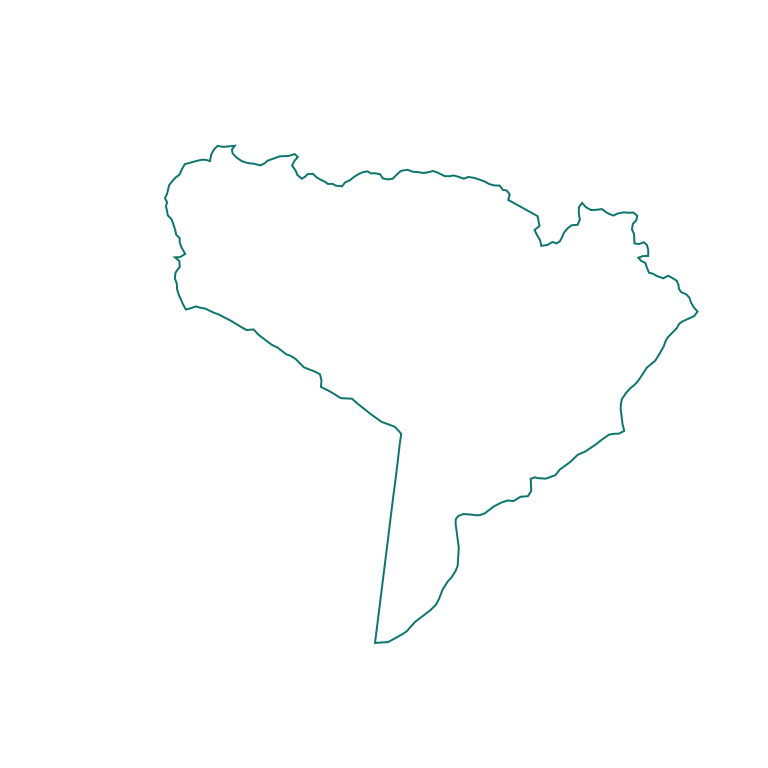 Canindé de São Francisco, Sergipe, Brazil (Albers equal-area conic projection), rotated 110°
{"feature_id": "56859067B69154990802768", "entity_name": "Canindé de São Francisco", "entity_type": "district", "adm_level": 2, "iso_a3": "BRA", "parent_name": "Brazil", "parent_adm1": "Sergipe", "projection": "albers", "projection_center": [-37.94, -9.729], "detail": "fine", "context": "isolated", "style": "outline", "palette": "teal", "viewbox_px": 768, "rotation_deg": 110, "n_neighbors": 0, "source": "geoboundaries", "source_scale": "gbopen_adm2", "svg_char_len": 3586}
<svg xmlns="http://www.w3.org/2000/svg" viewBox="0 0 768 768"><g transform="rotate(110 384 384)"><path d="M208.7,114.1L206.0,119.2L202.4,123.4L198.4,126.6L196.4,130.6L196.0,136.1L193.9,139.3L190.1,141.2L186.8,144.4L185.9,148.8L185.0,153.9L189.2,157.8L189.2,164.5L188.4,169.1L188.8,173.0L185.0,176.6L180.9,179.8L180.3,184.5L178.3,188.2L175.4,184.7L173.3,179.6L167.7,181.5L163.4,184.5L162.0,188.3L165.5,192.6L166.1,196.8L161.6,198.6L157.5,200.4L153.9,203.9L148.3,204.9L143.8,202.9L139.2,203.6L137.6,208.5L139.3,212.3L140.8,217.6L143.8,222.6L147.2,226.0L147.2,230.1L146.6,234.1L145.1,239.0L147.7,244.1L149.8,249.2L148.7,255.0L146.1,259.8L151.1,261.3L157.1,259.3L162.4,256.2L168.2,256.5L170.6,261.9L174.5,264.5L180.3,266.7L185.5,266.9L189.8,267.6L192.8,269.9L192.9,274.2L197.4,277.9L200.4,283.5L195.7,286.3L191.5,291.4L187.8,295.2L182.4,291.9L173.8,297.0L168.5,330.2L162.8,330.7L160.2,334.9L160.9,338.8L158.0,343.1L159.7,348.4L160.1,353.6L159.3,358.3L159.3,363.6L159.5,369.7L160.6,375.6L163.8,379.2L163.8,384.3L164.2,389.7L166.5,394.0L167.9,398.0L167.1,404.9L167.0,410.7L170.2,415.3L172.4,419.6L173.2,424.2L174.7,429.7L174.6,435.1L177.9,440.9L182.4,443.4L188.1,446.0L190.4,450.2L191.2,455.3L188.2,459.5L189.1,464.8L190.6,468.1L189.8,472.2L192.1,476.2L195.1,479.4L199.2,482.7L204.3,485.9L208.0,489.5L212.5,491.0L214.1,497.1L213.5,500.9L215.2,505.1L214.1,509.1L213.7,513.7L212.9,517.9L210.8,522.7L212.9,527.5L216.3,529.1L219.2,531.5L217.2,536.9L213.8,539.9L210.2,545.1L204.9,544.4L200.2,542.6L198.5,546.6L202.3,551.6L204.1,555.9L205.7,559.8L210.0,565.0L214.2,570.0L217.4,571.6L220.8,574.9L221.5,581.6L222.7,586.4L223.2,590.4L223.1,594.2L221.9,599.2L219.3,604.9L215.8,607.1L211.2,605.7L213.3,610.1L216.1,616.0L217.2,621.8L221.7,624.0L227.4,624.8L234.0,623.8L234.3,628.1L235.8,632.3L239.5,637.8L242.6,642.2L245.5,646.3L251.3,647.4L257.1,647.7L261.4,650.6L266.3,652.5L270.6,653.9L275.1,653.4L279.8,652.9L284.2,653.4L287.4,650.0L291.5,649.7L295.3,647.3L299.5,644.8L301.8,640.1L305.2,637.1L310.4,633.1L314.8,630.3L316.9,625.8L320.6,624.5L324.7,621.2L329.8,615.3L334.5,619.0L336.5,623.8L338.4,618.4L343.7,616.0L350.7,618.0L356.2,616.7L360.8,612.9L365.7,610.9L370.7,607.1L373.6,604.1L377.7,600.3L381.8,595.6L378.5,591.0L375.5,587.4L375.2,582.9L374.3,577.7L375.2,568.8L375.2,562.7L375.9,557.7L377.1,548.6L378.3,542.8L379.3,537.7L380.3,531.5L377.3,525.2L380.4,519.4L383.7,509.1L385.5,502.9L386.1,496.8L389.6,485.7L389.4,481.9L390.6,475.8L393.4,469.9L395.7,465.1L395.9,459.7L395.9,453.7L396.8,447.4L402.0,444.0L408.3,442.2L409.2,434.5L409.9,430.0L412.1,419.8L410.5,414.7L408.8,409.1L411.7,401.6L414.1,394.3L417.0,385.7L420.4,373.2L420.5,359.1L424.9,350.8L435.4,348.6L452.1,344.6L476.9,338.9L486.7,336.8L527.5,327.4L602.7,310.2L630.4,303.9L625.1,291.9L618.5,286.1L612.6,281.0L608.5,278.0L605.0,276.7L597.0,273.5L581.0,263.2L573.9,259.8L567.4,258.8L556.9,258.6L547.3,256.4L542.6,254.4L535.4,252.8L529.7,252.6L512.6,257.6L506.8,260.6L490.4,269.1L486.3,270.3L482.4,268.9L479.0,264.9L476.9,257.4L475.8,252.4L474.4,249.0L471.1,245.1L461.7,239.1L455.0,232.9L451.1,227.8L449.7,222.3L443.3,217.2L440.2,210.4L434.1,209.1L422.9,213.7L420.1,210.3L419.7,206.7L417.6,199.6L411.0,191.7L404.6,189.7L393.8,182.5L384.2,177.7L378.4,171.6L367.8,163.9L362.1,160.5L354.7,155.3L351.9,150.4L350.4,146.4L345.9,142.2L340.0,146.2L333.2,149.6L326.8,153.0L321.8,154.5L316.9,155.3L309.7,153.5L304.4,151.4L298.3,147.9L293.1,146.0L284.1,143.8L278.7,142.6L269.4,137.1L260.7,135.3L253.0,134.0L247.1,134.1L242.7,133.1L231.1,127.9L226.4,127.2L223.0,124.8L214.0,115.7L208.7,114.1Z" fill="none" stroke="#0f766e" stroke-width="2"/></g></svg>